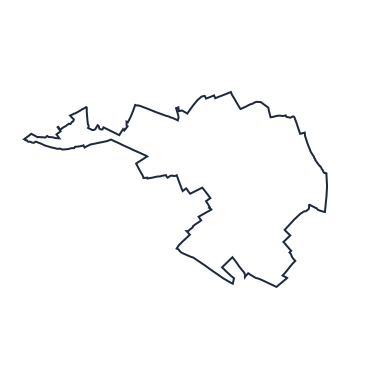 Bals, Iasi, Romania (Mercator projection), rotated 335°
{"feature_id": "2599482B11292299887477", "entity_name": "Bals", "entity_type": "district", "adm_level": 2, "iso_a3": "ROU", "parent_name": "Romania", "parent_adm1": "Iasi", "projection": "mercator", "projection_center": [26.966, 47.282], "detail": "fine", "context": "isolated", "style": "outline", "palette": "slate", "viewbox_px": 384, "rotation_deg": 335, "n_neighbors": 0, "source": "geoboundaries", "source_scale": "gbopen_adm2", "svg_char_len": 5870}
<svg xmlns="http://www.w3.org/2000/svg" viewBox="0 0 384 384"><g transform="rotate(335 192 192)"><path d="M228.4,313.7L235.3,311.9L239.4,310.8L240.6,310.5L241.4,310.3L241.9,310.1L241.5,309.5L238.8,306.0L239.7,305.7L241.9,304.7L244.2,303.7L250.1,300.7L251.1,300.3L252.7,299.5L256.5,298.1L255.4,294.8L255.2,292.4L255.4,290.7L255.2,289.3L254.8,288.0L257.0,287.3L253.8,275.9L262.7,272.9L260.9,268.3L260.0,265.5L273.2,260.1L281.0,257.5L283.2,257.3L284.3,257.0L286.0,257.1L287.1,257.5L290.6,256.8L291.9,255.0L292.4,253.4L293.2,253.3L294.1,254.5L297.2,258.5L298.0,259.4L298.6,261.4L299.6,262.5L302.9,265.5L304.0,266.3L312.2,252.5L316.8,243.9L321.2,233.0L321.7,232.0L321.5,231.8L321.4,231.4L321.0,231.1L320.7,231.2L320.1,230.7L319.8,230.2L319.7,229.1L319.6,228.9L319.6,228.7L319.7,228.4L319.6,227.7L319.7,227.4L319.7,227.2L319.5,226.9L319.5,226.7L319.4,226.1L319.3,225.8L319.3,225.7L319.4,225.0L319.4,224.1L319.3,223.8L319.2,223.6L319.0,223.1L319.0,222.9L319.0,222.7L318.8,222.5L318.8,222.3L318.7,222.1L318.4,221.4L318.4,221.0L318.2,220.3L318.0,219.5L317.9,219.2L318.0,218.9L317.9,218.5L317.8,218.4L317.8,218.1L317.4,216.1L317.2,215.8L317.2,215.6L317.4,215.2L317.4,214.0L317.2,213.1L317.4,211.6L317.2,209.8L316.9,208.1L316.6,205.6L316.7,204.3L317.2,196.7L318.2,188.7L318.3,188.5L319.3,185.8L314.6,185.0L315.1,180.2L315.9,173.2L316.1,170.8L316.4,167.4L315.8,166.3L315.4,166.1L314.9,166.1L312.7,166.3L309.7,164.1L309.2,163.4L309.3,162.2L307.7,161.9L306.0,161.3L304.4,160.2L302.5,159.3L299.3,158.5L297.6,158.3L297.0,158.1L295.2,157.6L294.8,157.5L296.0,151.1L296.7,148.2L296.8,147.8L292.3,139.5L288.2,137.4L285.6,137.4L283.7,137.6L282.7,137.3L281.7,137.2L278.0,137.3L277.0,137.4L271.1,137.3L270.8,136.4L270.8,135.1L270.6,134.4L270.6,133.5L270.6,133.2L270.4,132.3L270.1,128.4L269.8,124.3L269.6,123.4L269.3,120.5L269.5,117.8L263.2,117.5L252.7,116.8L252.8,113.8L247.0,113.5L244.2,113.2L244.2,110.5L243.1,109.9L240.7,109.6L238.6,110.3L236.6,110.8L235.5,111.2L229.8,113.9L223.0,117.7L220.9,118.9L217.5,114.0L214.5,113.2L215.0,110.5L215.4,109.5L213.0,109.3L212.1,115.7L211.9,117.1L211.6,117.9L211.2,118.9L210.6,119.7L209.4,121.1L208.0,119.3L206.9,118.1L205.8,116.8L204.8,116.0L204.3,115.5L203.0,113.9L201.9,113.0L201.5,112.6L201.0,112.3L200.8,112.1L200.6,111.9L193.4,104.7L187.7,98.6L181.9,92.6L180.7,91.5L180.0,90.9L179.4,90.8L179.2,90.5L178.3,90.1L177.3,89.1L172.9,93.6L167.7,98.4L163.3,101.7L162.4,100.6L160.8,104.3L161.3,105.3L158.0,107.0L157.7,106.6L156.5,107.6L156.3,107.2L156.1,106.8L155.9,106.4L155.9,106.0L150.1,109.7L141.5,99.0L139.1,96.0L137.4,97.4L136.9,97.3L136.4,97.1L136.0,96.8L135.5,96.5L135.2,95.8L135.0,95.4L134.9,94.7L135.1,93.9L135.3,93.2L135.2,92.6L134.9,91.9L134.7,91.6L130.8,94.2L130.0,94.3L129.1,94.2L128.2,93.9L127.7,93.6L127.1,92.8L126.7,92.1L126.2,91.7L125.3,90.6L124.9,90.0L125.9,89.1L126.4,88.0L126.3,86.6L127.6,82.6L130.3,75.4L130.8,74.1L131.4,73.1L132.3,70.8L132.2,70.5L131.6,70.3L131.3,70.5L130.6,70.5L129.5,70.6L128.8,70.7L127.9,70.6L127.2,70.6L126.3,70.8L124.9,71.0L121.3,71.3L119.4,71.4L118.7,71.3L118.3,71.1L116.7,71.3L116.1,71.2L113.8,71.2L114.4,73.0L115.6,76.3L115.3,76.7L114.9,77.1L114.3,77.5L113.9,77.7L113.6,77.8L113.1,77.7L112.3,78.0L111.8,78.3L110.9,78.9L110.6,79.0L110.0,78.6L109.3,78.1L106.6,78.6L105.5,78.9L104.9,79.0L104.1,78.9L103.4,79.0L102.8,79.0L101.7,79.3L100.7,79.4L99.0,80.0L98.6,78.4L98.4,77.1L98.2,76.4L97.6,76.5L98.6,81.4L97.0,81.8L94.3,82.3L93.5,82.5L93.9,84.2L94.0,84.9L94.3,86.3L94.3,86.9L94.4,87.3L93.0,86.5L91.5,85.7L90.4,85.0L89.1,83.7L85.6,81.7L84.9,80.9L84.4,80.0L83.7,80.2L82.7,80.6L81.8,80.6L81.1,80.0L77.9,78.3L76.4,77.4L75.8,77.2L75.3,77.2L70.9,71.3L68.7,71.9L67.0,72.2L62.3,73.2L62.8,73.7L63.0,74.1L62.8,74.4L63.0,74.7L63.4,75.0L64.1,75.3L64.3,75.8L64.4,76.4L64.6,76.9L65.0,77.3L66.7,78.1L67.0,78.4L67.5,79.2L68.0,79.7L69.6,80.6L70.4,80.5L71.1,80.4L71.9,80.4L74.0,82.8L75.3,84.0L78.2,87.5L79.6,88.8L81.5,90.5L83.9,92.6L86.0,94.1L87.7,95.6L89.2,96.5L90.3,96.6L90.8,97.0L92.6,98.8L94.7,99.6L98.3,100.9L98.8,100.9L100.2,101.1L101.1,101.3L103.1,102.1L103.7,102.4L104.8,101.9L105.0,101.6L109.3,103.1L111.2,103.6L112.7,103.8L113.3,103.8L113.4,106.3L115.9,106.1L117.8,106.1L119.3,106.0L120.2,106.1L126.9,107.7L136.7,110.0L139.9,110.2L140.1,110.2L140.3,110.1L140.9,110.5L141.5,111.2L144.3,114.5L145.9,116.3L147.1,117.8L150.1,121.5L154.3,126.3L156.0,128.5L157.3,130.0L158.9,131.8L161.7,135.0L163.2,136.8L165.7,139.6L166.3,140.4L166.5,140.9L166.3,140.9L165.3,140.9L161.5,141.5L155.8,142.2L153.4,142.6L153.6,148.1L153.8,151.2L154.0,153.7L154.2,155.2L154.2,156.1L154.2,157.6L153.9,158.8L155.0,159.2L157.5,160.1L157.3,160.9L162.0,162.2L167.4,163.4L168.3,163.9L169.8,164.3L170.0,164.5L171.3,164.6L173.1,165.0L174.7,165.5L175.5,165.7L175.5,167.6L175.6,167.8L175.9,168.7L179.5,168.2L181.2,168.9L181.3,169.2L182.2,169.7L183.7,170.4L184.5,170.5L185.2,170.4L184.8,175.1L184.1,183.8L184.0,187.2L188.1,186.3L188.3,186.3L189.0,190.1L189.6,192.8L203.2,192.4L205.4,202.1L206.1,205.3L200.9,206.2L201.7,213.1L201.0,213.2L200.7,213.4L201.2,214.1L201.6,215.2L201.9,215.4L202.1,216.1L187.5,217.2L188.3,221.6L187.2,221.8L186.6,222.0L182.1,222.6L178.3,223.4L177.6,224.4L174.0,225.2L172.5,225.7L171.6,225.7L170.6,225.2L172.0,229.8L162.2,233.0L158.0,234.5L154.2,236.8L154.7,237.4L155.0,237.6L155.3,238.0L155.5,238.4L156.0,240.6L156.5,241.8L157.1,242.8L158.2,244.2L162.7,249.2L163.3,250.0L165.4,251.9L168.1,256.4L170.2,259.9L172.6,263.8L176.1,270.2L184.0,283.7L185.2,285.4L186.9,287.9L190.2,292.4L193.6,287.9L192.2,285.1L189.5,278.6L187.4,273.0L201.1,268.2L201.4,269.8L201.7,270.9L202.7,275.5L202.9,277.1L203.3,279.6L203.9,281.8L204.2,283.4L204.9,285.8L205.2,286.8L205.2,287.4L205.1,289.0L205.0,289.7L204.8,290.2L204.5,290.7L204.1,291.2L204.0,291.5L205.0,290.9L208.6,289.4L209.5,290.9L212.9,296.1L213.6,297.0L214.1,297.4L215.1,298.1L215.7,298.7L216.5,299.5L217.9,301.0L221.2,305.0L228.4,313.7Z" fill="none" stroke="#1e293b" stroke-width="2"/></g></svg>